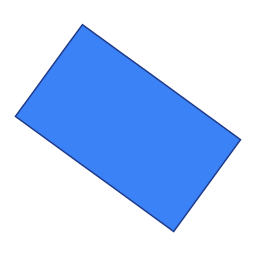 outline of Kossuth, Iowa, United States of America, rotated 306°
{"feature_id": "52423323B59270943515315", "entity_name": "Kossuth", "entity_type": "district", "adm_level": 2, "iso_a3": "USA", "parent_name": "United States of America", "parent_adm1": "Iowa", "projection": "mercator", "projection_center": [-94.205, 43.204], "detail": "fine", "context": "isolated", "style": "filled", "palette": "blue", "viewbox_px": 256, "rotation_deg": 306, "n_neighbors": 0, "source": "geoboundaries", "source_scale": "gbopen_adm2", "svg_char_len": 346}
<svg xmlns="http://www.w3.org/2000/svg" viewBox="0 0 256 256"><g transform="rotate(306 128 128)"><path d="M184.8,30.4L155.4,30.2L155.1,30.2L151.8,30.2L151.3,30.2L118.1,30.2L86.9,30.2L83.7,30.1L71.2,30.1L71.1,111.4L71.2,139.9L71.1,225.8L184.7,225.9L184.9,111.3L184.8,82.6L184.8,30.4Z" fill="#3b82f6" stroke="#1e3a8a" stroke-width="1.5"/></g></svg>